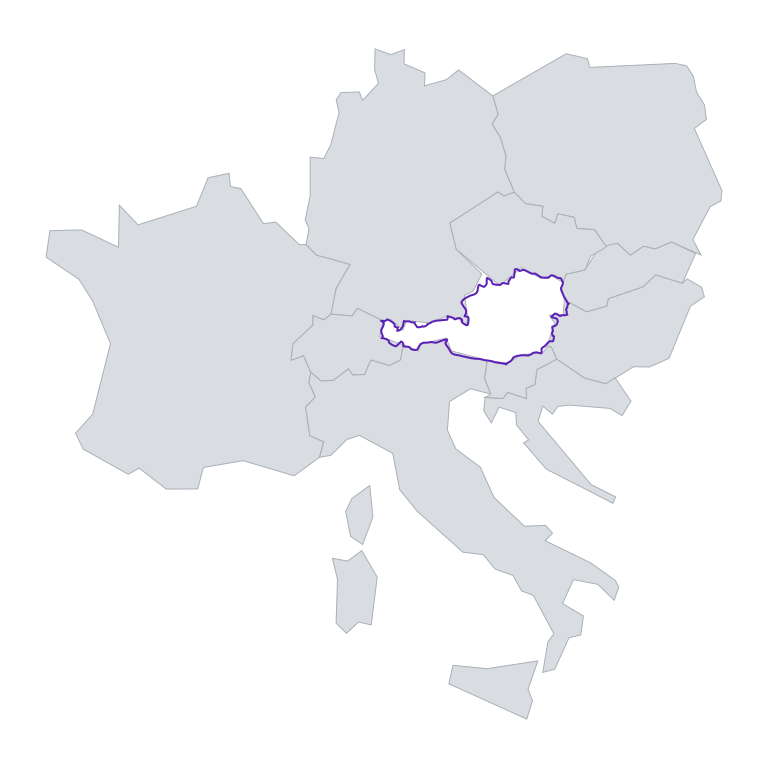 Austria highlighted among its neighbors
{"feature_id": "AUT", "entity_name": "Austria", "entity_type": "country or territory", "adm_level": 0, "iso_a3": "AUT", "parent_name": "Europe", "parent_adm1": "", "projection": "orthographic", "projection_center": [13.446, 47.7], "detail": "fine", "context": "with_neighbors", "style": "outline", "palette": "violet", "viewbox_px": 768, "rotation_deg": 0, "n_neighbors": 10, "source": "natural_earth", "source_scale": "50m", "svg_char_len": 8230}
<svg xmlns="http://www.w3.org/2000/svg" viewBox="0 0 768 768"><path d="M306.1,244.5L316.4,255.0L350.2,264.4L336.2,288.5L331.1,314.2L323.9,319.9L313.0,315.6L313.0,325.0L293.0,343.8L291.1,360.2L303.6,355.6L310.8,372.3L308.9,382.5L315.3,396.9L305.6,407.2L309.9,435.9L323.7,441.7L319.6,457.2L294.1,475.8L243.0,460.6L203.4,467.5L197.7,488.9L166.3,489.1L139.1,468.1L128.3,474.3L83.2,449.1L75.5,433.1L92.6,414.3L110.5,343.7L92.7,301.0L78.9,279.2L46.1,257.2L49.9,230.7L81.5,229.9L118.5,247.3L119.4,205.3L138.0,224.9L196.5,206.2L208.1,177.7L229.0,173.3L230.4,186.5L240.8,188.6L263.4,223.6L275.7,222.1L299.3,244.6L306.1,244.5ZM351.9,498.4L369.8,485.5L372.9,516.9L362.6,544.5L350.6,536.4L345.7,511.6L351.9,498.4Z" fill="#d9dde1" stroke="#a8b0b8" stroke-width="1"/><path d="M693.3,76.3L696.5,92.1L704.5,105.1L706.4,119.4L694.3,128.5L721.9,190.5L720.9,201.0L710.1,206.7L692.9,239.5L700.9,255.0L671.5,242.1L655.1,249.0L643.6,246.3L630.3,255.3L617.3,243.3L607.9,249.0L594.4,229.6L576.8,228.5L574.0,217.2L557.8,213.9L554.8,223.4L541.8,216.4L542.9,206.3L525.5,203.6L514.3,192.2L504.5,169.0L506.0,156.4L500.2,137.0L492.0,124.1L498.1,114.3L492.8,95.9L566.1,53.8L587.5,58.7L589.7,67.4L675.3,63.4L686.7,65.9L693.3,76.3Z" fill="#d9dde1" stroke="#a8b0b8" stroke-width="1"/><path d="M687.1,278.9L701.6,287.3L704.4,296.8L690.5,306.1L669.0,358.3L649.5,367.0L633.6,366.7L605.9,383.8L584.5,378.1L556.7,359.2L551.3,347.0L547.1,346.8L554.5,322.9L549.4,315.2L563.2,314.6L564.4,299.6L586.5,311.8L606.8,306.0L608.3,298.6L643.0,286.8L655.5,274.8L682.4,283.2L687.1,278.9Z" fill="#d9dde1" stroke="#a8b0b8" stroke-width="1"/><path d="M492.8,95.9L498.1,114.3L492.0,124.1L500.2,137.0L506.0,156.4L504.5,169.0L514.3,192.2L504.1,196.1L498.0,192.0L450.0,223.0L456.3,249.3L481.8,274.0L473.3,290.8L464.5,295.4L467.9,319.3L465.5,325.5L457.9,317.9L446.1,316.6L428.4,322.8L406.7,320.6L402.8,330.1L390.7,319.4L383.2,321.0L357.5,308.4L352.0,316.0L331.1,314.2L336.2,288.5L350.2,264.4L316.4,255.0L306.1,244.5L309.0,228.6L305.2,220.0L310.2,195.7L310.2,157.2L323.7,158.5L330.6,145.3L339.1,112.5L336.2,99.9L341.1,92.6L359.3,92.0L362.6,100.3L378.5,83.4L374.6,69.5L375.1,48.9L390.6,54.6L404.3,49.7L404.0,63.8L425.1,73.0L424.4,85.9L446.3,79.7L458.5,69.9L492.8,95.9Z" fill="#d9dde1" stroke="#a8b0b8" stroke-width="1"/><path d="M556.7,359.2L584.5,378.1L605.9,383.8L615.0,377.7L631.0,401.2L622.1,415.6L609.9,408.4L569.7,405.1L557.7,406.4L552.4,414.2L542.9,406.1L538.0,421.4L591.1,484.6L615.6,496.9L613.0,503.3L546.3,469.1L523.5,442.8L528.7,440.0L516.5,424.9L515.8,412.6L499.1,407.1L491.3,422.9L483.7,410.7L485.1,397.4L503.0,398.5L507.6,392.3L526.5,398.6L526.1,388.4L534.9,384.4L536.9,369.6L556.7,359.2Z" fill="#d9dde1" stroke="#a8b0b8" stroke-width="1"/><path d="M383.2,321.0L379.6,336.3L403.2,345.0L400.6,359.9L389.3,365.6L370.9,360.1L364.6,374.5L352.5,375.0L348.5,368.9L333.5,380.3L321.1,381.1L310.8,372.3L303.6,355.6L291.1,360.2L293.0,343.8L313.0,325.0L313.0,315.6L323.9,319.9L331.1,314.2L352.0,316.0L357.5,308.4L383.2,321.0Z" fill="#d9dde1" stroke="#a8b0b8" stroke-width="1"/><path d="M403.2,345.0L418.2,350.8L421.3,343.9L446.0,338.1L451.4,350.9L487.3,360.5L484.6,378.5L490.8,394.1L470.4,388.8L449.5,401.6L447.4,430.1L455.7,448.8L480.4,467.3L493.9,497.3L524.3,526.2L545.6,525.4L552.5,533.2L545.1,540.7L590.7,562.9L615.4,580.5L618.7,587.0L614.2,600.3L597.8,584.3L573.4,579.6L562.5,603.5L583.4,616.0L580.8,635.0L569.0,637.7L554.7,669.2L542.8,672.4L547.9,641.8L553.9,633.9L533.3,595.3L521.6,591.0L513.1,575.5L495.2,569.1L483.2,554.6L462.9,552.2L417.3,511.3L399.7,489.7L392.8,453.3L359.2,435.3L346.9,439.5L330.7,455.4L319.6,457.2L323.7,441.7L309.9,435.9L305.6,407.2L315.3,396.9L308.9,382.5L310.8,372.3L321.1,381.1L333.5,380.3L348.5,368.9L352.5,375.0L364.6,374.5L370.9,360.1L389.3,365.6L400.6,359.9L403.2,345.0ZM486.7,668.7L537.8,660.9L528.0,689.5L532.5,700.5L526.7,719.1L448.8,683.8L453.0,665.3L486.7,668.7ZM347.5,561.1L361.8,550.6L377.2,577.2L371.2,624.9L358.5,622.0L346.4,633.3L336.1,623.1L337.5,579.4L332.4,558.3L347.5,561.1Z" fill="#d9dde1" stroke="#a8b0b8" stroke-width="1"/><path d="M487.3,360.5L508.1,363.2L520.6,354.6L542.6,353.1L547.1,346.8L551.3,347.0L556.7,359.2L536.9,369.6L534.9,384.4L526.1,388.4L526.5,398.6L507.6,392.3L503.0,398.5L485.1,397.4L490.8,394.1L484.6,378.5L487.3,360.5Z" fill="#d9dde1" stroke="#a8b0b8" stroke-width="1"/><path d="M695.5,253.5L682.4,283.2L655.5,274.8L643.0,286.8L608.3,298.6L606.8,306.0L586.5,311.8L564.4,299.6L561.4,287.0L566.2,274.1L584.8,270.0L599.4,247.4L617.3,243.3L630.3,255.3L643.6,246.3L655.1,249.0L671.5,242.1L695.5,253.5Z" fill="#d9dde1" stroke="#a8b0b8" stroke-width="1"/><path d="M514.3,192.2L525.5,203.6L542.9,206.3L541.8,216.4L554.8,223.4L557.8,213.9L574.0,217.2L576.8,228.5L594.4,229.6L606.4,246.9L590.8,256.1L584.8,270.0L566.2,274.1L563.1,282.3L551.7,275.9L540.5,278.2L521.5,267.5L499.8,285.6L456.3,249.3L450.0,223.0L498.0,192.0L504.1,196.1L514.3,192.2Z" fill="#d9dde1" stroke="#a8b0b8" stroke-width="1"/><path d="M381.1,330.2L383.3,325.9L383.9,323.2L382.2,321.5L381.4,321.0L382.1,320.7L384.6,321.1L386.2,320.3L387.1,319.4L389.3,320.3L392.4,322.2L393.9,323.4L394.5,324.4L394.8,325.1L394.6,326.4L395.3,326.9L396.9,327.2L397.9,327.6L397.4,329.3L397.3,330.7L398.7,330.6L400.6,329.6L402.0,327.7L403.0,325.9L403.8,321.4L404.0,321.0L405.1,321.4L409.4,321.4L411.5,322.3L414.7,322.5L414.6,323.2L415.2,324.4L416.5,326.0L417.2,327.1L418.7,327.3L421.1,326.8L422.4,326.2L422.9,326.7L425.1,326.3L427.0,325.1L427.5,324.1L429.4,323.5L432.0,321.9L435.6,320.8L447.1,319.7L447.6,318.7L447.5,316.4L447.8,316.1L449.2,316.7L451.6,317.3L453.3,318.1L454.5,319.2L455.6,319.2L457.2,318.5L459.5,318.0L461.6,319.2L462.2,320.3L461.8,320.9L461.8,321.9L462.5,322.7L464.2,324.0L466.4,325.2L467.5,325.1L468.0,324.0L468.4,321.4L468.6,318.6L468.1,317.0L466.9,316.6L465.5,316.5L464.7,316.2L465.0,315.3L466.1,313.0L466.1,310.0L463.6,306.5L461.5,303.2L461.5,302.1L462.8,300.1L464.8,298.5L469.4,296.0L470.8,295.4L472.6,295.0L475.2,293.9L476.5,292.8L477.3,291.6L478.5,285.4L478.8,285.1L479.2,284.8L483.8,286.9L484.2,286.6L484.9,286.2L486.4,284.5L486.7,283.3L486.7,280.9L486.8,278.7L487.1,278.0L487.8,278.2L489.7,279.4L491.3,280.7L492.8,284.0L496.2,284.8L500.5,284.8L502.0,283.4L503.4,283.0L505.0,283.4L508.3,283.9L508.6,281.2L510.5,278.4L511.4,277.4L513.8,277.5L514.3,275.4L514.8,269.7L515.3,269.1L517.1,269.2L518.9,270.2L519.4,271.0L520.3,270.9L521.6,270.3L523.0,269.9L525.2,270.4L530.0,272.9L532.4,273.8L534.0,273.6L535.4,273.6L541.1,277.4L545.1,277.8L548.6,277.7L549.7,276.4L551.2,275.4L552.8,275.4L554.2,275.9L557.0,277.5L558.2,277.9L559.9,278.1L561.1,278.5L562.3,281.4L563.0,282.2L562.9,282.6L562.8,284.0L562.0,285.8L561.0,288.1L561.2,290.1L564.1,296.8L566.6,300.9L567.1,302.5L568.7,303.7L567.4,305.3L567.2,307.6L566.3,308.6L566.1,310.0L566.6,311.1L566.6,312.6L567.2,314.7L565.0,315.2L562.2,315.3L561.3,315.4L560.4,316.0L559.4,315.8L556.9,314.0L555.5,313.6L554.5,313.8L553.8,314.6L552.6,315.7L551.4,316.5L551.7,317.2L556.9,318.7L557.9,321.3L557.0,323.6L556.7,324.6L555.6,325.5L554.1,326.3L552.4,326.6L552.2,327.7L553.0,331.2L552.5,331.9L552.0,333.0L552.6,335.8L553.7,336.0L554.0,336.6L553.8,337.8L553.7,339.0L553.3,340.3L553.2,340.9L552.4,341.3L550.1,341.2L548.2,342.4L544.4,346.5L543.0,347.2L541.5,348.8L541.7,352.3L541.5,352.6L541.2,353.4L536.4,352.3L536.2,352.3L533.0,352.9L530.9,354.5L528.3,355.5L522.7,355.2L517.2,355.9L516.0,356.4L514.6,356.7L513.3,357.6L512.5,359.0L511.2,360.6L509.3,362.0L507.2,363.0L506.7,363.9L506.0,364.4L504.9,363.7L503.9,363.8L502.8,363.4L498.9,362.9L494.7,362.2L492.7,361.5L490.4,360.9L487.9,360.5L485.7,360.4L484.6,360.1L479.3,358.9L475.8,358.8L471.2,358.2L462.1,356.2L459.5,355.4L456.9,355.1L454.0,354.4L451.7,353.3L450.3,351.2L448.7,348.4L446.0,344.7L445.4,342.9L446.3,341.3L447.2,340.1L447.1,339.6L446.4,339.3L441.4,340.8L436.6,342.7L434.6,342.7L432.8,342.2L430.4,342.1L428.0,342.6L423.3,342.7L420.5,344.1L418.7,346.8L417.6,349.1L416.8,349.8L415.2,350.0L412.7,349.7L411.0,349.0L409.3,347.0L406.6,346.6L404.1,346.5L403.4,346.1L403.5,344.8L402.6,342.4L401.0,341.6L396.6,345.9L395.4,346.3L392.1,344.9L389.2,342.8L388.9,341.4L388.5,340.3L386.0,339.0L383.0,338.2L382.0,338.1L382.4,337.5L382.8,336.3L382.6,335.4L382.0,334.4L381.6,333.4L381.5,332.4L381.4,331.6L381.3,330.8L381.1,330.2Z" fill="none" stroke="#5b21b6" stroke-width="2"/></svg>